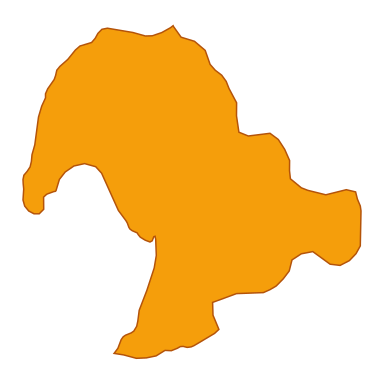 the border of Bokeo
{"feature_id": "LAO-3271", "entity_name": "Bokeo", "entity_type": "Province", "adm_level": 1, "iso_a3": "LAO", "parent_name": "Laos", "parent_adm1": "", "projection": "orthographic", "projection_center": [100.56, 20.309], "detail": "fine", "context": "isolated", "style": "filled", "palette": "amber", "viewbox_px": 384, "rotation_deg": 0, "n_neighbors": 0, "source": "natural_earth", "source_scale": "10m", "svg_char_len": 1692}
<svg xmlns="http://www.w3.org/2000/svg" viewBox="0 0 384 384"><path d="M145.4,36.0L152.2,35.8L161.7,32.6L170.5,27.7L173.1,25.7L173.4,26.4L181.1,37.2L194.5,41.3L205.2,50.4L210.1,64.4L215.3,70.3L221.7,75.2L226.2,81.4L229.0,88.5L236.6,102.8L236.5,115.9L238.9,132.2L248.3,136.0L270.0,133.3L278.3,139.5L284.7,149.4L289.6,160.5L289.5,170.7L290.4,178.8L301.3,187.8L307.7,190.3L325.8,194.8L346.3,189.7L355.6,191.9L357.4,199.1L360.3,206.0L361.0,210.9L360.3,245.9L356.0,253.7L349.4,260.6L340.1,265.4L330.1,264.2L312.8,251.6L301.3,253.8L292.0,259.9L289.2,271.0L283.2,278.9L276.2,286.0L269.9,289.7L263.4,292.6L236.5,293.6L212.6,302.4L213.0,315.2L218.9,329.4L214.6,333.4L193.9,345.7L191.1,346.9L187.2,347.4L183.2,346.4L180.3,346.6L177.3,348.3L171.3,350.7L165.0,350.4L156.1,355.9L146.3,357.9L136.3,358.3L123.6,354.9L114.1,353.4L117.9,348.3L121.2,339.6L123.2,336.8L125.5,335.2L131.2,332.9L133.8,331.1L136.7,326.3L137.8,321.2L139.2,310.3L146.9,290.3L154.2,268.0L156.3,255.5L155.7,239.4L155.1,236.3L153.8,236.7L152.2,240.8L150.0,242.0L145.2,240.2L140.3,237.2L138.2,234.6L137.2,232.9L132.2,230.7L130.0,229.1L128.9,227.4L127.3,223.0L125.9,220.6L118.4,210.5L101.6,173.2L95.7,166.7L84.6,163.6L73.9,166.0L65.2,172.0L59.4,179.4L56.0,190.7L55.4,191.3L53.8,191.6L47.2,194.0L46.3,194.6L43.6,197.1L43.7,209.3L39.2,213.8L34.0,213.8L28.7,211.0L24.7,206.1L23.0,200.0L23.7,189.1L23.2,183.8L23.0,179.5L23.9,175.2L27.2,171.3L30.1,166.9L31.4,161.4L32.0,154.7L34.8,144.8L38.5,117.0L41.7,106.2L45.5,97.9L45.5,93.8L47.7,88.8L54.2,79.5L55.6,75.5L56.8,70.2L59.9,66.4L67.8,59.4L75.4,50.0L80.0,46.0L91.6,42.5L95.2,38.3L97.9,33.4L101.9,29.3L107.4,28.2L132.9,32.5L145.4,36.0Z" fill="#f59e0b" stroke="#b45309" stroke-width="1.5"/></svg>